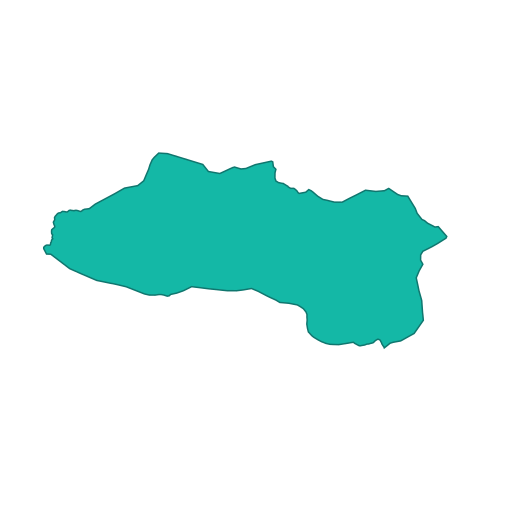 the district of Jabal Ash sharq, Dhamar, Yemen, rotated 319°
{"feature_id": "15242507B95425982092930", "entity_name": "Jabal Ash sharq", "entity_type": "district", "adm_level": 2, "iso_a3": "YEM", "parent_name": "Yemen", "parent_adm1": "Dhamar", "projection": "robinson", "projection_center": [43.902, 14.736], "detail": "fine", "context": "isolated", "style": "filled", "palette": "teal", "viewbox_px": 512, "rotation_deg": 319, "n_neighbors": 0, "source": "geoboundaries", "source_scale": "gbopen_adm2", "svg_char_len": 3797}
<svg xmlns="http://www.w3.org/2000/svg" viewBox="0 0 512 512"><g transform="rotate(319 256 256)"><path d="M250.1,114.5L244.0,114.8L240.8,115.3L235.9,117.6L231.9,120.1L227.1,122.4L220.6,125.6L212.9,125.3L201.3,118.5L191.7,116.6L190.2,116.3L187.1,115.6L168.8,111.4L161.3,110.9L160.7,110.5L159.4,109.7L158.7,109.2L157.2,108.2L155.2,107.6L154.4,107.7L153.0,107.5L152.1,106.3L151.3,104.9L150.4,103.7L149.3,102.8L148.4,102.5L147.4,101.3L146.7,100.6L146.0,99.6L144.9,99.0L143.5,99.0L142.5,98.9L141.5,98.1L140.8,97.0L140.1,96.3L139.3,95.4L138.3,95.2L136.9,95.1L135.4,94.1L134.1,93.8L132.6,94.0L131.6,94.2L130.4,94.3L128.9,95.0L128.4,96.1L127.2,96.9L125.9,97.2L125.2,97.6L124.2,99.7L123.8,101.1L123.1,102.1L121.9,102.2L120.2,102.1L119.0,102.2L118.1,103.0L117.1,104.2L116.4,105.2L116.4,106.6L114.0,108.5L113.9,109.7L113.3,109.8L112.5,109.8L112.1,109.9L110.7,111.1L109.8,111.3L108.2,112.6L107.3,112.5L106.5,111.6L105.3,110.5L104.2,110.1L102.7,110.0L101.5,110.2L100.6,111.2L99.2,117.1L102.3,120.0L102.4,120.5L107.1,143.3L112.6,155.1L119.8,170.0L121.9,172.7L126.4,178.6L128.7,181.6L129.8,182.9L131.8,185.6L132.7,186.8L137.9,194.1L146.9,211.4L149.8,215.4L154.2,219.3L157.2,221.2L159.1,222.8L160.7,224.8L162.7,228.1L164.4,229.1L166.4,229.0L171.5,231.8L171.9,232.0L177.7,234.3L177.9,234.3L178.5,234.6L187.3,236.9L193.0,243.2L198.6,249.5L205.0,256.3L208.5,260.1L211.5,263.3L212.0,263.7L212.2,263.9L217.8,268.8L218.3,269.3L218.6,269.5L224.1,273.2L228.9,276.1L231.3,277.6L234.5,284.1L238.0,293.1L238.9,295.2L239.5,296.6L242.1,302.3L243.5,306.7L249.7,313.1L251.2,315.0L252.2,316.3L255.1,320.0L256.2,323.2L257.2,326.9L257.0,331.1L256.1,333.6L254.3,335.6L252.6,337.9L249.7,340.7L247.5,344.2L245.7,347.7L245.8,349.0L245.8,351.3L245.9,353.3L246.4,355.6L247.8,359.9L249.3,363.8L250.2,365.4L251.4,367.8L253.9,371.2L256.3,373.5L260.2,377.1L262.1,378.3L263.9,379.4L265.5,380.4L265.6,380.5L268.7,382.4L269.7,383.0L269.9,383.1L271.5,384.1L272.4,384.7L272.8,384.9L272.9,385.0L273.0,385.5L273.1,386.5L274.7,390.7L274.7,390.8L275.5,392.0L277.6,393.2L279.7,394.5L281.8,395.2L283.4,396.4L284.9,397.0L286.2,397.7L286.8,398.0L287.5,398.3L288.1,398.3L289.0,398.3L289.6,398.2L290.7,398.2L292.2,398.4L293.1,398.6L293.3,398.9L293.7,399.1L294.1,399.8L294.3,400.4L294.4,400.6L294.4,401.4L294.1,402.4L293.8,404.0L293.3,404.8L293.3,405.6L293.0,406.7L292.9,408.4L292.5,409.5L294.8,409.6L297.0,409.7L300.0,409.8L303.1,411.2L309.3,414.9L309.5,415.0L311.3,415.4L313.2,415.8L319.0,417.0L324.5,418.2L340.1,414.3L342.7,410.7L344.7,407.8L351.1,399.3L351.6,398.7L352.3,397.4L356.2,389.1L358.8,384.5L362.6,377.6L369.5,374.2L376.5,371.7L377.5,367.1L381.0,363.2L385.0,361.9L394.9,364.4L401.3,365.7L411.1,367.2L412.8,366.4L412.8,364.5L412.8,362.6L412.8,362.4L412.8,353.4L410.0,351.5L409.3,349.5L407.0,343.8L406.4,339.9L405.2,337.3L405.6,329.5L407.4,324.6L409.8,310.4L405.1,305.8L403.6,303.1L403.3,302.6L402.4,299.3L401.4,295.5L400.8,293.2L400.5,292.1L400.2,292.0L397.1,291.3L395.8,291.0L392.6,288.7L391.0,287.5L388.8,285.9L383.5,280.1L381.8,278.2L372.0,275.8L364.4,273.8L356.3,271.9L354.4,270.2L353.9,269.8L352.7,268.7L350.8,267.1L350.5,266.8L349.7,265.6L347.5,262.5L346.5,261.0L343.6,257.2L341.8,251.4L340.9,245.0L340.6,243.7L340.5,243.1L339.4,240.5L338.3,240.5L335.7,240.5L335.4,240.5L329.6,237.1L329.3,235.7L329.6,233.9L329.4,231.7L328.9,229.7L328.3,229.2L326.5,227.6L325.6,225.0L325.8,224.4L325.2,222.6L324.2,219.4L324.2,219.2L323.9,218.9L323.2,218.1L321.1,215.3L320.6,213.6L320.2,212.7L321.4,209.6L321.5,209.5L324.9,205.7L327.9,203.6L327.7,200.0L330.4,195.9L329.8,194.5L315.4,186.6L308.9,184.4L305.9,183.4L301.8,180.5L299.8,177.4L298.4,175.2L298.3,174.9L296.5,174.0L294.8,173.5L293.9,173.2L290.7,172.3L289.7,172.0L287.9,171.5L282.8,170.0L275.5,161.0L275.9,152.0L256.3,120.6L250.1,114.5Z" fill="#14b8a6" stroke="#0f766e" stroke-width="1.5"/></g></svg>